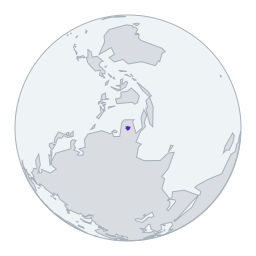 the Earth from above Preah Vihéar, rotated 217°
{"feature_id": "KHM-1791", "entity_name": "Preah Vihéar", "entity_type": "Province", "adm_level": 1, "iso_a3": "KHM", "parent_name": "Cambodia", "parent_adm1": "", "projection": "orthographic", "projection_center": [105.055, 13.778], "detail": "fine", "context": "on_globe", "style": "filled", "palette": "violet", "viewbox_px": 256, "rotation_deg": 217, "n_neighbors": 0, "source": "natural_earth", "source_scale": "10m", "svg_char_len": 9961}
<svg xmlns="http://www.w3.org/2000/svg" viewBox="0 0 256 256"><g transform="rotate(217 128 128)"><circle cx="128" cy="128" r="113" fill="#eef3f6" stroke="#a8b0b8"/><path d="M232.5,165.0L232.3,165.7L232.3,165.9L232.5,165.0ZM179.7,27.9L180.2,28.4L184.2,30.9L180.4,28.9L190.6,35.6L193.6,39.0L187.9,33.9L185.6,32.4L186.5,33.8L184.3,32.7L183.5,32.9L180.7,31.5L177.7,29.0L175.9,28.2L176.6,29.3L174.3,28.9L173.5,27.4L169.5,26.6L163.6,23.1L163.7,21.3L158.1,19.5L156.7,19.1L164.6,21.5L172.3,24.4L179.7,27.9ZM232.0,84.8L232.0,84.7L231.8,84.2L232.0,84.8ZM187.6,33.2L186.9,32.5L188.3,33.6L187.6,33.2ZM183.8,33.1L184.7,33.8L183.9,33.6L183.8,33.1ZM179.0,31.5L177.4,31.3L178.5,31.1L179.0,31.5ZM176.1,30.8L172.3,30.6L174.0,31.8L167.0,28.4L172.6,29.6L173.7,29.0L174.4,30.0L176.1,30.8ZM152.6,18.1L153.0,18.2L148.9,17.3L147.4,17.1L152.6,18.1ZM163.8,26.7L162.4,26.4L163.3,26.3L163.8,26.7ZM155.5,18.8L155.2,18.8L151.9,18.1L151.4,18.0L148.8,17.3L155.5,18.8ZM138.2,15.8L137.5,15.8L138.2,15.8ZM146.7,17.0L145.3,16.8L147.5,17.2L145.1,16.9L143.8,16.5L143.4,16.5L142.6,16.5L142.4,16.3L146.7,17.0ZM137.0,15.7L137.3,15.8L135.1,15.6L137.0,15.7ZM140.3,16.1L138.3,15.9L138.7,15.9L140.3,16.0L140.3,16.1ZM143.9,16.8L147.9,17.4L148.1,17.5L143.9,16.8ZM136.1,15.7L136.7,15.8L135.8,15.7L136.1,15.7ZM141.4,16.4L142.8,16.6L141.4,16.4ZM136.7,15.9L136.0,15.8L137.0,15.8L136.7,15.9ZM138.8,16.1L138.6,16.2L137.9,15.9L139.4,16.2L138.8,16.1ZM141.3,16.5L141.8,16.6L140.7,16.4L141.3,16.5ZM133.1,16.0L131.9,15.6L134.3,15.6L135.1,16.0L133.1,16.0ZM39.1,58.9L38.9,59.6L38.1,60.8L34.7,65.3L31.0,74.5L34.0,71.2L34.1,77.4L36.5,79.1L43.7,70.4L39.8,67.4L42.7,62.5L48.6,61.1L52.5,64.4L53.8,62.7L54.3,57.3L58.2,55.1L54.8,55.3L53.9,57.4L51.8,57.7L52.4,55.8L53.8,55.0L53.5,53.5L47.1,58.3L45.5,61.0L42.8,60.0L39.9,64.5L38.1,65.9L42.3,58.9L44.2,56.8L49.4,49.0L47.2,51.1L42.1,58.7L42.3,57.7L39.2,61.1L41.8,57.7L47.9,49.4L47.5,49.2L46.5,50.2L52.3,44.6L58.4,39.4L57.8,40.0L61.5,37.6L61.5,38.1L67.2,34.5L68.0,34.4L64.4,36.4L62.0,38.4L62.7,40.3L64.1,39.8L67.7,37.5L67.5,38.5L70.9,36.0L73.4,36.5L73.2,34.0L77.5,31.7L81.4,30.8L82.7,29.7L76.5,31.3L74.0,32.5L71.9,34.1L65.2,37.4L64.0,37.4L71.0,32.7L70.1,32.4L75.9,29.2L89.2,26.0L92.6,26.4L89.2,31.5L85.9,32.4L85.5,30.9L82.0,34.2L84.1,33.0L83.9,34.0L88.0,32.6L88.0,33.3L91.8,30.8L92.3,31.5L89.9,33.1L96.3,32.0L98.5,33.4L99.9,32.8L100.8,31.9L103.0,34.5L103.9,34.1L103.6,33.0L105.3,31.4L109.1,29.8L109.6,30.8L108.3,31.5L106.4,34.7L102.8,36.8L103.5,37.1L106.7,35.5L109.0,31.5L111.2,30.3L110.5,32.1L110.9,31.3L112.2,31.0L113.9,31.8L114.8,29.9L127.7,26.8L132.3,28.4L130.3,30.0L139.9,30.1L144.4,32.6L144.0,31.5L148.4,31.3L147.1,30.4L147.2,29.9L157.8,29.8L160.8,30.9L164.9,30.3L164.8,29.8L162.9,28.9L167.0,28.4L174.0,31.8L174.0,32.7L178.4,34.5L177.8,36.4L179.3,39.0L176.2,40.4L177.7,42.7L179.2,43.2L182.4,46.9L183.6,53.4L175.9,45.8L172.7,37.2L173.4,40.3L171.2,39.0L170.2,39.9L170.9,42.3L172.2,42.9L163.0,45.2L160.6,52.1L165.7,52.2L168.9,54.7L170.6,64.4L161.1,77.1L165.3,82.1L165.5,85.2L162.0,86.8L161.5,82.2L157.8,80.4L158.1,77.7L152.2,79.4L152.3,75.7L147.6,79.1L149.4,82.2L154.6,81.8L150.5,86.7L155.8,92.4L156.4,98.9L147.5,109.9L138.5,112.9L137.9,115.0L134.3,112.4L129.5,116.3L136.2,128.6L136.0,132.1L128.2,138.2L128.0,135.6L118.5,128.6L116.7,136.8L123.9,144.2L126.4,152.3L120.8,149.5L118.3,142.2L114.9,139.6L115.9,132.4L113.2,121.6L107.6,123.1L108.1,118.8L103.5,109.7L95.5,111.6L82.7,121.5L80.8,132.2L76.5,136.4L71.4,119.8L71.8,109.2L68.3,109.6L64.4,99.9L53.0,96.8L52.9,93.9L50.4,94.5L47.9,91.0L48.3,86.4L46.1,86.0L45.6,98.1L48.1,98.7L52.2,95.2L51.4,99.4L54.0,103.9L45.8,112.1L31.3,116.5L32.4,108.3L34.3,84.5L35.7,82.3L35.8,82.1L36.0,81.6L33.6,84.9L34.8,80.5L31.0,96.3L29.3,102.8L31.1,116.9L30.3,117.9L31.6,121.2L38.9,120.7L38.4,123.3L33.5,134.4L25.6,147.9L28.1,159.7L29.9,169.2L28.2,173.6L31.6,181.2L31.2,182.8L33.4,186.9L34.9,190.5L36.2,193.2L35.9,192.9L31.6,186.2L27.7,179.2L24.3,172.0L21.5,164.6L19.1,156.9L17.4,149.1L16.1,141.3L15.5,133.3L15.4,125.4L15.9,117.4L16.9,109.5L18.5,101.7L20.6,94.0L23.3,86.5L26.5,79.2L30.2,72.1L34.4,65.3L39.1,58.9ZM54.1,73.2L58.1,75.3L60.8,68.9L62.5,69.2L62.8,67.1L60.9,68.4L62.2,62.7L65.5,61.9L67.3,59.5L66.0,58.7L59.7,61.2L57.9,69.1L55.1,71.1L54.1,73.2ZM64.1,35.3L65.0,34.6L71.9,30.3L72.3,30.3L70.9,31.0L70.4,31.3L68.1,32.6L61.7,37.2L59.5,38.7L60.0,38.2L64.1,35.3ZM90.2,21.9L88.9,22.4L86.4,23.3L90.2,21.9ZM125.1,15.4L126.4,15.4L124.5,15.4L127.3,15.4L124.7,15.6L125.7,15.7L124.0,16.1L119.7,16.4L121.2,16.5L120.0,17.0L116.4,17.5L117.6,17.0L112.8,18.0L112.3,17.6L111.8,17.7L109.9,17.7L106.9,18.1L107.1,17.9L105.8,18.1L104.6,18.2L102.9,18.6L102.7,18.4L100.6,18.9L101.8,18.5L98.1,19.5L100.8,18.7L99.4,19.0L97.6,19.6L98.1,19.4L107.0,17.3L116.0,16.0L125.1,15.4ZM132.5,16.1L127.5,16.2L124.7,16.2L128.7,15.5L128.2,15.5L130.6,15.4L134.6,15.6L133.5,15.5L133.4,15.6L132.2,15.5L133.1,15.6L131.7,15.6L132.0,15.7L130.2,15.7L132.5,16.1ZM39.5,59.5L39.3,60.1L39.5,60.5L37.6,62.8L39.5,59.5ZM43.5,53.9L41.1,56.9L41.3,56.5L43.5,53.9ZM46.0,51.4L43.9,53.6L45.2,52.2L46.0,51.4ZM64.8,36.4L65.3,36.5L64.4,37.1L63.2,37.8L64.8,36.4ZM102.3,21.7L103.4,21.1L104.1,21.1L107.8,20.0L108.5,20.4L106.6,21.2L102.3,21.7ZM41.8,71.5L39.8,72.7L40.0,71.6L40.6,71.4L41.8,71.5ZM37.6,67.4L37.5,69.5L37.0,68.0L37.6,67.4ZM103.7,22.0L105.2,21.4L104.6,22.0L103.7,22.0ZM109.3,20.7L109.0,21.2L109.1,20.3L109.3,20.7ZM84.1,224.4L86.5,225.7L84.9,225.5L84.1,224.4ZM39.4,171.7L41.4,187.0L38.7,186.0L36.0,180.8L33.8,171.2L36.2,169.6L36.8,165.5L39.4,171.7ZM154.7,171.8L158.1,172.4L157.9,172.9L154.7,171.8ZM151.2,170.0L155.1,170.3L150.5,171.1L151.2,170.0ZM156.6,170.4L160.5,169.5L162.2,168.7L161.9,169.7L156.6,170.4ZM148.6,170.0L134.3,169.3L128.6,167.7L129.9,165.9L139.1,166.8L148.6,170.0ZM129.5,165.8L120.8,160.1L109.0,143.9L113.2,144.5L125.6,154.6L124.8,156.2L130.1,160.6L129.5,165.8ZM150.5,157.1L149.6,161.9L141.7,161.2L138.1,160.3L135.7,154.0L137.0,150.9L140.0,151.1L151.4,140.8L155.4,143.6L151.9,148.0L155.1,152.3L150.5,157.1ZM81.3,133.3L83.5,140.1L81.2,140.9L81.3,133.3ZM156.0,133.5L151.4,138.0L155.6,131.9L156.0,133.5ZM158.4,127.7L158.7,130.0L156.8,127.7L158.4,127.7ZM137.8,118.3L134.7,118.7L134.6,117.0L138.6,115.5L137.8,118.3ZM156.8,104.5L156.8,109.4L156.3,111.0L154.8,108.0L156.8,104.5ZM111.9,26.9L105.9,27.7L102.0,29.0L100.6,30.7L100.0,28.9L106.0,26.8L111.9,26.9ZM125.7,26.6L126.9,25.4L128.1,26.0L128.0,26.3L125.7,26.6ZM125.2,25.9L123.5,24.5L125.3,23.9L126.3,25.1L125.2,25.9ZM113.4,22.6L111.5,22.8L112.0,22.3L113.4,22.6ZM206.3,207.6L206.5,208.0L203.3,211.0L199.4,214.3L196.6,215.8L206.3,207.6ZM181.6,218.0L182.5,215.0L186.3,214.4L183.8,217.2L181.6,218.0ZM209.0,205.1L211.9,201.8L214.1,198.2L212.4,201.4L213.4,200.9L207.1,207.5L209.0,205.1ZM170.5,205.7L148.7,212.2L144.1,211.3L145.8,208.6L142.6,200.0L144.1,200.2L143.7,194.3L156.9,189.2L166.5,179.2L173.2,179.8L178.7,172.5L185.5,172.9L183.1,178.6L189.8,182.2L195.3,169.2L198.4,182.6L202.5,187.0L202.4,195.2L191.2,209.6L185.7,212.6L185.1,211.4L182.7,212.9L179.6,212.6L178.8,208.3L176.4,209.8L179.2,206.4L175.5,209.5L174.3,206.7L170.5,205.7ZM218.6,178.6L219.4,178.8L220.2,180.9L219.0,180.7L218.6,178.6ZM230.6,168.3L230.6,169.3L230.0,169.8L230.6,168.3ZM232.3,165.9L231.5,166.6L232.5,165.0L232.3,165.9ZM223.8,170.0L224.1,170.8L223.7,171.1L223.8,170.0ZM223.5,169.8L224.1,168.3L223.9,169.7L223.5,169.8ZM220.4,163.0L221.0,162.2L221.1,162.8L220.4,163.0ZM163.0,172.5L167.7,168.8L170.2,168.5L163.0,172.5ZM219.8,161.6L218.5,161.6L218.7,160.9L219.8,161.6ZM220.0,159.9L219.9,158.9L220.5,161.2L220.0,159.9ZM217.6,157.8L219.1,159.5L217.4,158.1L217.6,157.8ZM216.6,158.2L215.5,157.5L215.6,157.2L216.6,158.2ZM202.7,160.6L207.2,166.5L203.4,166.6L199.3,163.0L195.8,166.7L188.0,166.4L189.8,164.1L188.9,160.7L180.6,159.5L179.0,157.3L181.9,155.8L176.4,154.0L182.5,153.0L184.9,157.5L188.3,153.9L194.1,154.7L199.5,156.0L203.8,159.2L202.7,160.6ZM182.4,163.0L183.4,163.0L182.5,164.4L182.4,163.0ZM213.3,155.2L214.9,157.2L214.7,157.8L213.9,157.5L213.3,155.2ZM204.8,158.4L209.5,154.4L210.5,154.4L207.4,158.8L204.8,158.4ZM208.4,152.0L210.5,152.4L211.6,154.4L211.1,155.1L208.4,152.0ZM170.0,158.8L169.8,160.1L168.2,159.1L170.0,158.8ZM172.1,158.1L176.9,159.5L171.7,159.2L172.1,158.1ZM157.4,153.4L158.8,156.5L163.3,154.6L159.9,157.3L162.9,162.3L161.8,164.2L158.9,158.8L157.7,164.3L155.7,164.1L154.7,159.4L156.7,153.6L158.7,151.3L166.9,150.5L157.4,153.4ZM172.1,154.4L170.8,150.9L171.8,148.5L173.1,150.4L172.1,154.4ZM167.0,142.4L163.5,138.3L160.4,139.8L166.6,134.2L168.9,139.1L167.0,142.4ZM163.9,133.4L161.1,134.8L164.0,131.6L163.9,133.4ZM160.3,133.4L159.9,130.6L162.2,131.0L160.3,133.4ZM165.5,133.6L165.9,128.8L167.1,131.7L165.5,133.6ZM158.8,124.3L163.8,129.0L157.4,126.9L156.8,117.8L159.6,117.6L158.8,124.3ZM172.4,88.8L171.6,86.4L174.0,85.9L173.9,87.7L172.4,88.8ZM181.1,83.0L174.4,85.0L168.9,87.0L170.7,88.2L169.8,92.3L166.8,88.4L170.5,84.0L174.7,83.2L175.0,79.9L178.0,77.7L176.9,73.6L178.1,71.9L180.3,75.5L181.1,83.0ZM176.2,71.9L175.4,64.9L180.0,66.1L181.3,67.9L179.7,70.5L177.3,69.7L176.2,71.9ZM176.5,63.7L174.2,62.9L168.2,53.1L168.0,51.5L175.1,59.0L173.3,58.8L174.0,61.2L176.5,63.7ZM163.0,26.9L162.5,26.5L163.7,27.0L163.0,26.9ZM146.4,29.5L146.8,28.9L148.3,29.3L146.4,29.5ZM148.9,27.5L146.9,27.4L148.7,27.1L148.9,27.5ZM142.7,27.4L146.1,27.2L143.2,28.0L142.7,27.4Z" fill="#d9dde1" stroke="#a8b0b8" stroke-width="1"/><path d="M127.5,126.7L127.6,126.8L127.6,126.7L127.7,126.8L127.8,126.8L127.8,127.0L128.0,127.1L128.2,126.9L128.3,127.0L128.5,127.3L128.8,127.3L128.9,127.2L128.9,127.3L129.0,127.3L129.3,127.4L129.4,127.5L129.6,127.7L129.3,127.7L129.2,127.8L129.3,127.8L129.2,127.8L128.9,127.8L128.9,128.0L129.0,128.1L129.0,128.3L129.0,128.6L128.9,128.6L128.7,128.7L128.6,128.8L128.3,129.0L128.2,129.0L127.9,129.3L127.7,129.3L127.7,129.2L127.7,128.9L127.4,128.8L127.2,128.9L127.1,129.0L127.1,128.7L127.3,128.4L127.2,128.4L126.8,128.4L126.8,128.2L126.8,127.9L126.7,127.9L126.7,127.7L126.8,127.6L126.8,127.4L126.9,127.2L126.9,126.9L127.0,126.8L127.2,126.7L127.2,126.8L127.3,126.8L127.3,126.7L127.3,126.8L127.4,126.7L127.5,126.7Z" fill="#8b5cf6" stroke="#5b21b6" stroke-width="1.5"/></g></svg>